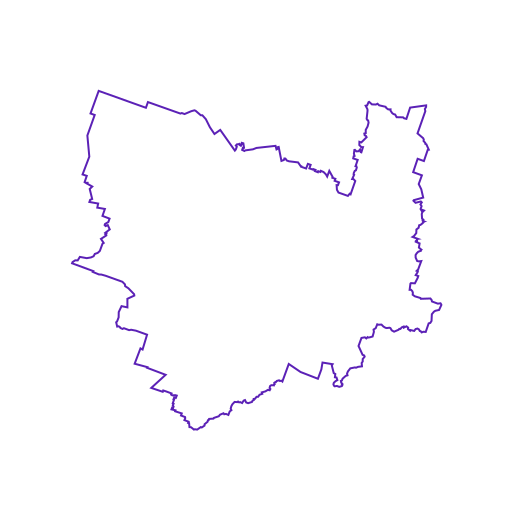 Western Downs, Queensland, Australia, rotated 102°
{"feature_id": "25037944B15079852191884", "entity_name": "Western Downs", "entity_type": "district", "adm_level": 2, "iso_a3": "AUS", "parent_name": "Australia", "parent_adm1": "Queensland", "projection": "albers", "projection_center": [150.512, -26.807], "detail": "fine", "context": "isolated", "style": "outline", "palette": "violet", "viewbox_px": 512, "rotation_deg": 102, "n_neighbors": 0, "source": "geoboundaries", "source_scale": "gbopen_adm2", "svg_char_len": 6071}
<svg xmlns="http://www.w3.org/2000/svg" viewBox="0 0 512 512"><g transform="rotate(102 256 256)"><path d="M127.2,444.2L151.0,447.5L151.6,443.1L173.2,446.0L193.5,439.7L212.3,442.6L212.8,438.2L219.4,439.0L220.1,437.0L219.5,436.7L219.4,436.0L220.4,436.0L222.1,430.6L225.0,432.6L234.3,428.1L235.5,429.9L237.8,430.2L237.5,421.3L241.7,421.3L241.4,413.6L248.7,414.5L249.9,407.0L253.5,407.5L256.0,410.3L257.2,410.5L258.0,409.3L256.6,407.4L260.4,404.6L264.5,408.1L264.8,406.9L265.4,406.9L266.1,407.9L267.1,406.8L271.5,411.2L274.9,407.7L275.9,408.7L283.5,409.8L285.9,411.5L287.5,414.1L290.0,414.8L291.7,417.1L293.3,421.1L293.5,428.1L297.4,429.5L297.8,431.9L300.1,434.2L301.4,434.4L304.6,412.0L305.5,412.3L306.7,405.8L306.3,403.4L306.6,398.9L309.0,381.3L311.0,378.3L312.7,377.7L314.1,374.1L318.7,367.3L320.0,366.8L324.6,372.9L333.0,371.1L333.0,377.1L339.4,378.6L344.6,377.6L348.9,378.3L349.9,379.0L353.9,377.1L353.3,375.8L353.8,374.4L354.6,373.6L355.1,371.4L354.1,370.2L354.9,364.7L354.1,362.8L354.0,358.0L355.6,346.2L371.1,347.5L370.4,349.8L386.6,352.3L387.3,339.1L388.0,339.3L391.0,319.7L406.8,331.0L408.2,319.0L406.8,318.8L407.2,315.4L408.0,310.0L409.2,310.2L409.7,308.9L408.9,306.0L409.0,304.5L411.5,304.9L411.3,306.6L413.4,306.9L413.5,306.3L417.5,306.8L417.7,305.9L419.5,306.3L420.4,305.3L422.0,305.5L421.8,306.5L423.6,306.8L423.7,302.7L424.7,302.8L425.4,295.9L427.6,296.2L428.3,291.9L429.3,291.5L431.4,291.9L432.1,287.5L433.4,287.7L433.4,286.7L437.2,285.5L437.0,283.9L438.7,280.6L438.2,279.9L438.0,277.4L434.8,274.4L435.0,273.4L432.6,271.1L431.2,271.3L428.2,268.9L426.7,268.9L426.4,268.2L425.1,268.0L423.9,263.8L423.1,263.5L420.5,259.1L418.7,258.2L416.6,255.1L417.4,254.2L416.7,252.5L417.2,250.0L413.5,249.4L411.9,248.0L410.7,249.0L408.1,248.9L406.0,248.3L403.2,246.6L402.8,243.9L402.1,243.3L402.7,242.1L402.2,241.0L402.7,239.0L400.0,238.0L399.2,236.8L401.3,235.2L401.6,233.1L399.6,229.6L398.2,229.3L397.3,228.2L396.3,228.5L395.9,227.3L393.6,226.2L393.3,224.7L391.0,223.7L389.5,221.2L388.2,222.0L386.5,218.7L384.5,216.6L384.5,214.7L383.1,214.3L382.3,215.3L380.3,215.2L379.2,214.2L378.8,211.7L378.3,211.9L377.5,211.1L376.4,211.8L375.3,210.9L375.3,210.4L373.9,209.7L372.8,207.6L373.3,206.6L372.7,205.2L373.3,204.1L354.8,201.5L360.2,188.3L363.2,169.9L353.3,168.5L346.4,168.8L345.9,158.6L347.3,159.1L354.4,155.6L354.9,153.9L358.2,153.6L358.1,152.0L360.5,150.6L361.9,152.2L363.8,153.5L365.4,153.6L366.6,152.8L367.1,152.0L366.3,149.8L366.7,147.4L365.4,145.0L364.4,144.7L363.6,145.3L363.2,144.9L362.0,146.4L360.5,147.0L359.9,146.1L358.0,145.8L354.6,143.3L353.7,141.7L352.1,142.5L349.8,142.1L346.3,140.4L344.4,136.0L344.5,135.0L343.2,133.1L341.9,129.4L338.7,130.4L337.0,129.7L334.6,130.2L331.9,128.8L330.8,129.5L330.5,131.2L322.7,137.0L314.2,135.8L312.9,132.6L313.7,131.0L312.2,130.0L312.5,129.5L311.9,127.8L310.5,125.2L305.7,124.9L303.5,125.7L301.7,123.9L297.6,123.2L297.8,122.2L297.0,119.0L298.5,116.7L299.3,114.4L299.3,113.1L298.4,110.5L298.6,109.5L300.5,107.8L301.3,105.2L298.5,101.2L297.5,100.7L297.3,99.6L295.5,98.6L294.3,96.9L295.3,96.5L293.5,94.2L294.4,92.3L295.8,92.2L297.0,89.8L296.3,89.7L296.4,85.7L294.3,84.7L293.4,83.0L293.9,81.4L295.3,80.2L295.3,79.3L296.3,78.1L295.3,76.5L295.0,74.2L286.0,73.1L285.2,71.6L283.0,70.8L276.4,71.9L273.5,70.4L272.3,69.2L270.7,65.7L265.3,64.5L264.6,65.0L263.9,65.7L264.8,68.2L263.9,74.4L262.5,75.1L261.3,76.6L263.6,85.9L262.9,86.4L262.4,92.3L261.3,94.7L259.4,94.9L258.0,95.7L256.8,97.3L257.1,98.7L250.9,99.2L250.3,98.8L249.7,94.9L243.8,93.3L241.9,93.1L241.5,95.8L238.4,94.6L237.3,94.5L237.1,95.7L235.4,94.6L226.6,93.3L227.4,95.6L227.4,97.3L224.4,99.5L221.9,100.1L220.0,99.4L218.1,98.2L216.6,95.8L215.8,96.0L215.4,95.6L213.9,98.4L209.7,98.6L208.8,102.8L208.2,102.8L207.8,101.6L206.0,102.2L205.6,101.2L204.8,106.8L203.6,105.6L200.3,104.0L196.7,104.6L194.6,102.8L192.0,102.8L191.4,101.6L189.5,100.0L188.4,99.3L188.2,99.7L187.3,99.5L187.1,98.9L186.7,100.3L185.6,99.9L185.0,101.3L180.5,102.6L178.7,102.5L176.6,101.1L176.3,103.0L177.2,103.5L175.8,104.8L172.8,104.4L171.4,105.9L169.1,105.0L168.4,106.1L170.8,111.0L169.2,113.5L168.6,113.3L164.1,104.6L156.4,108.2L151.8,111.8L142.6,110.5L141.3,119.7L127.3,118.1L128.2,111.5L116.5,110.1L116.1,109.1L111.3,112.6L111.1,113.7L110.1,114.0L108.7,116.0L107.2,116.1L106.0,117.0L102.5,123.5L79.1,120.5L77.1,121.4L74.9,120.6L73.3,120.9L78.8,136.1L90.6,137.4L90.5,139.8L89.8,141.0L91.0,147.3L88.7,149.3L88.6,151.0L87.9,152.5L85.8,154.7L84.6,154.9L85.1,157.1L84.2,159.2L83.1,160.3L83.0,166.9L81.8,168.8L82.9,170.2L83.6,174.1L81.7,177.4L82.1,177.9L85.6,178.6L86.2,180.0L89.3,177.5L90.8,177.1L98.8,176.3L99.9,175.3L100.1,174.5L102.2,173.6L106.2,173.8L109.8,174.9L113.0,174.2L113.7,175.5L115.3,174.8L115.8,173.3L116.8,172.5L123.0,176.6L122.8,178.6L126.0,178.0L127.6,175.5L127.3,174.0L132.7,174.5L132.6,175.2L130.2,176.4L132.2,177.5L132.8,179.6L131.6,181.3L131.8,181.8L135.6,181.5L137.6,180.4L138.1,181.2L140.3,181.2L140.9,176.5L147.4,177.3L147.3,176.5L148.5,175.8L151.4,176.1L152.2,177.1L154.4,177.6L155.8,177.5L156.1,176.9L160.7,177.9L160.5,176.7L162.0,174.5L176.0,176.3L175.6,177.3L178.1,178.6L176.8,188.5L174.4,190.6L169.9,191.9L169.7,190.6L166.7,190.1L166.1,194.7L164.0,194.4L163.6,197.6L162.7,197.5L157.5,202.0L163.5,202.9L161.6,204.6L159.8,207.4L159.2,210.3L160.4,210.5L160.1,212.8L161.2,212.9L160.7,216.0L159.4,215.7L159.1,218.0L159.7,218.1L159.2,222.0L155.5,221.5L155.1,224.4L160.0,225.2L159.3,230.4L158.8,230.4L158.7,231.1L155.7,234.3L156.5,243.4L156.2,245.7L154.6,247.5L154.7,248.5L156.3,248.7L157.7,250.9L144.6,256.5L144.8,256.9L145.3,256.4L146.2,257.6L146.9,257.4L147.5,258.1L144.2,259.8L150.2,278.0L152.3,281.2L154.9,288.4L155.7,289.2L155.1,291.6L152.8,291.3L152.6,290.9L153.1,290.6L152.7,290.2L148.4,291.8L148.3,293.4L149.5,293.3L150.1,294.5L150.5,293.5L151.3,293.7L150.9,294.8L149.8,295.7L150.6,296.8L150.6,297.7L152.1,298.7L153.1,297.5L156.0,297.9L157.3,298.6L140.1,317.2L145.3,322.0L139.6,327.9L132.6,333.5L129.5,337.7L129.8,339.3L126.5,345.3L126.3,346.5L127.8,349.4L132.0,355.4L131.6,358.3L132.4,359.6L127.9,393.7L133.9,394.5L127.2,444.2Z" fill="none" stroke="#5b21b6" stroke-width="2"/></g></svg>